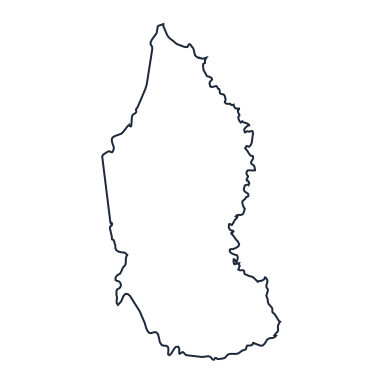 the border of Zanzan, rotated 181°
{"feature_id": "CIV-3449", "entity_name": "Zanzan", "entity_type": "Region", "adm_level": 1, "iso_a3": "CIV", "parent_name": "Ivory Coast", "parent_adm1": "", "projection": "natural_earth1", "projection_center": [-3.572, 8.502], "detail": "fine", "context": "isolated", "style": "outline", "palette": "slate", "viewbox_px": 384, "rotation_deg": 181, "n_neighbors": 0, "source": "natural_earth", "source_scale": "10m", "svg_char_len": 5771}
<svg xmlns="http://www.w3.org/2000/svg" viewBox="0 0 384 384"><g transform="rotate(181 192 192)"><path d="M264.1,77.8L265.4,79.8L265.5,81.5L265.1,85.2L265.3,86.1L265.8,88.0L265.8,91.1L265.3,93.1L264.1,93.9L262.7,94.7L261.7,96.2L261.5,98.4L262.3,100.2L263.7,101.4L265.5,101.8L267.0,102.8L266.9,105.0L265.7,107.2L262.5,109.1L261.4,111.2L259.7,115.3L257.5,117.8L257.1,118.8L256.9,124.6L256.5,126.4L255.6,128.0L256.6,128.7L257.2,129.4L258.0,130.1L259.4,130.3L261.9,130.5L264.4,131.1L266.9,132.7L267.6,134.5L267.7,136.9L269.3,142.3L269.8,142.8L270.5,142.9L271.1,143.2L271.3,144.2L271.4,146.2L273.5,154.3L273.3,155.9L272.3,156.5L271.6,157.3L271.3,158.8L271.8,159.7L272.7,159.2L273.2,161.1L277.8,193.5L282.4,225.9L281.7,227.6L277.2,230.7L275.9,231.2L274.7,231.1L273.5,230.4L272.6,230.3L272.0,231.0L271.3,232.5L270.9,234.4L271.1,235.8L272.4,239.2L273.1,241.9L273.0,243.9L272.0,245.4L270.0,246.6L264.0,248.9L262.2,250.4L257.7,256.5L256.0,258.1L255.9,257.7L255.4,257.0L254.7,256.5L254.1,256.6L253.8,257.5L253.4,266.1L253.0,267.4L252.3,268.4L250.0,269.9L249.2,270.8L249.1,271.4L249.4,272.9L249.4,273.6L249.0,274.3L248.0,275.7L247.6,276.5L240.4,294.3L239.1,299.0L234.2,334.4L234.3,335.8L234.9,337.4L235.6,338.3L236.0,339.3L236.0,340.8L235.1,343.1L230.5,349.7L230.0,350.9L229.2,356.6L228.7,357.5L223.8,359.3L223.6,359.4L223.5,357.2L219.4,348.1L218.2,346.6L216.6,344.9L213.3,342.6L211.0,340.6L209.8,339.7L202.6,337.1L200.5,336.8L199.2,336.9L198.4,338.4L197.8,339.3L197.4,339.7L196.9,339.7L196.3,339.5L194.7,337.3L193.7,336.2L193.4,335.8L193.1,335.2L192.9,334.7L191.4,328.8L190.9,328.3L190.3,327.7L189.1,326.9L188.5,326.5L187.9,326.2L187.4,326.4L187.0,326.5L186.2,325.8L185.5,326.0L183.9,325.4L183.6,325.4L183.1,325.5L179.9,326.6L181.4,324.0L181.2,321.3L182.9,320.4L183.2,318.5L182.5,313.8L182.3,313.7L180.1,310.0L179.7,309.1L179.3,308.4L178.5,307.9L177.3,307.7L176.1,307.2L174.9,306.6L174.1,305.9L173.9,304.8L175.9,302.6L176.4,301.2L175.6,297.8L173.6,297.3L169.7,298.4L168.8,297.8L168.3,296.7L167.7,295.7L166.5,295.3L166.2,294.5L166.1,292.9L165.7,291.2L164.5,290.5L162.0,290.0L160.9,288.7L160.0,284.9L160.8,282.2L159.5,281.0L157.3,280.7L155.3,280.9L154.7,280.1L153.9,279.6L153.0,279.6L151.9,280.1L151.2,277.8L150.2,276.6L148.6,276.2L146.4,276.2L146.4,275.4L147.4,274.8L147.6,274.0L147.0,271.8L146.8,271.3L146.1,270.3L145.9,269.5L146.3,268.8L146.9,268.1L147.1,267.5L146.6,265.5L146.0,264.2L145.6,263.4L144.3,262.3L143.0,263.6L141.9,262.6L139.0,261.8L137.5,261.2L136.0,260.1L135.9,259.7L136.8,259.5L138.2,258.7L139.9,257.0L140.7,255.9L140.9,254.9L140.2,252.6L139.2,252.8L138.2,253.6L137.2,253.6L135.8,253.3L134.1,253.9L132.6,253.9L132.0,252.0L132.6,246.8L133.1,242.5L134.2,239.7L135.9,238.2L138.2,239.0L138.6,238.5L139.3,237.2L139.6,236.6L138.3,235.3L134.5,229.8L133.4,229.2L132.4,229.2L131.7,228.8L131.4,227.4L131.7,226.0L133.2,223.6L133.5,222.3L132.9,221.1L130.5,219.5L130.0,218.7L129.9,217.6L129.5,215.9L129.4,214.8L130.5,214.6L135.4,214.7L136.9,214.4L137.6,213.2L137.9,212.0L137.7,210.8L137.2,210.0L136.2,208.7L136.2,208.3L136.6,207.9L136.9,206.9L137.0,206.5L137.3,206.2L137.6,205.7L137.6,204.8L137.3,204.3L136.8,204.2L136.4,204.2L136.2,204.1L135.7,203.2L135.1,202.5L134.9,201.6L135.5,200.1L135.8,200.5L137.2,200.2L139.3,199.4L139.9,197.2L140.3,195.7L139.4,193.5L135.8,191.1L135.5,189.0L136.1,188.4L137.8,187.8L138.6,186.2L141.3,183.8L141.5,182.2L140.9,179.6L140.5,179.1L139.9,177.3L138.9,176.3L140.0,172.2L141.0,170.6L142.7,169.9L145.7,169.9L147.0,169.4L147.8,168.4L146.2,167.9L146.6,166.9L148.4,165.2L151.0,160.5L151.6,159.7L152.8,160.2L153.8,160.7L154.4,160.3L154.7,157.7L154.2,156.2L153.1,154.8L151.7,154.0L150.5,154.1L150.3,153.7L149.9,153.3L150.4,152.6L150.7,152.1L151.0,151.9L151.9,151.8L151.9,150.9L150.0,149.1L147.0,145.0L145.4,143.4L143.9,140.6L144.6,138.6L146.7,137.1L149.2,135.9L150.5,135.6L152.0,135.6L153.0,135.1L153.3,133.5L152.5,132.3L151.0,131.2L149.4,130.5L145.8,129.5L145.1,127.6L145.4,125.1L146.4,122.4L147.4,124.1L148.5,125.5L149.2,125.4L149.2,122.4L148.5,120.6L147.4,120.6L145.7,121.3L143.7,121.6L143.9,121.2L144.1,121.1L144.4,120.9L143.0,119.1L144.3,115.2L142.7,114.5L139.7,114.7L138.9,114.5L138.5,113.6L138.3,112.3L138.0,111.1L137.2,110.5L136.2,110.3L134.1,109.2L130.0,108.2L127.4,106.1L124.7,103.4L124.1,104.0L123.5,104.1L122.8,104.1L121.9,104.2L120.4,104.7L118.5,105.8L117.9,106.7L117.8,107.5L117.6,107.9L116.4,107.4L116.1,106.9L115.6,106.0L115.2,105.0L115.0,104.2L115.2,102.3L115.7,101.1L116.1,99.8L115.8,97.8L115.5,97.4L115.1,97.0L114.7,96.5L114.4,95.5L114.5,94.5L114.7,93.7L114.9,93.1L115.0,92.7L115.2,91.6L115.7,90.4L115.8,89.5L115.6,88.6L114.6,86.7L114.1,83.0L113.4,81.4L110.7,78.4L110.0,77.5L109.7,76.6L109.6,75.7L109.6,74.5L109.4,73.2L108.8,72.5L108.0,72.0L107.2,71.3L102.8,64.5L101.6,63.9L102.3,63.0L103.6,60.1L103.8,58.7L103.5,56.0L103.5,54.9L104.1,53.9L107.1,50.2L105.9,49.8L105.5,49.7L106.8,48.3L108.5,47.6L112.3,47.0L114.1,45.9L117.0,41.3L118.8,39.7L120.5,39.5L126.1,41.4L127.2,42.0L127.7,42.3L128.4,42.1L128.6,41.6L128.6,40.9L128.7,40.6L130.2,39.8L131.0,39.5L134.2,39.4L134.9,37.8L135.3,35.9L136.8,35.0L138.9,34.4L142.6,31.6L144.5,31.0L144.7,30.9L151.3,30.8L153.2,30.1L154.0,29.4L155.6,27.4L156.6,26.6L158.1,26.1L162.9,25.4L163.6,25.5L164.9,26.4L165.6,26.5L166.1,26.2L167.0,24.9L167.3,24.6L168.7,25.1L169.4,25.9L170.1,26.9L171.2,27.7L172.9,28.1L178.8,27.2L194.4,28.7L195.7,29.3L197.4,31.1L198.5,31.8L199.4,31.4L200.6,30.6L201.6,30.1L202.0,30.9L202.0,33.2L202.1,35.6L203.1,37.1L205.5,36.8L206.9,35.2L210.2,29.7L211.8,28.4L213.0,29.3L213.0,31.5L212.8,34.3L213.3,36.6L215.0,37.8L217.2,37.8L219.5,38.4L221.5,41.2L222.8,46.8L223.7,49.5L225.5,51.2L227.3,51.2L230.7,50.1L232.6,50.6L234.1,52.4L235.4,55.1L237.1,60.5L242.1,71.6L252.0,86.8L254.3,88.8L256.7,89.0L258.5,87.2L261.0,81.3L264.1,77.8Z" fill="none" stroke="#1e293b" stroke-width="2"/></g></svg>